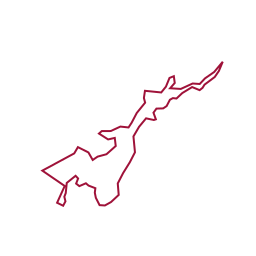 Navbakhor, Navoi, Uzbekistan (Equal Earth projection), rotated 291°
{"feature_id": "79887680B67095237367046", "entity_name": "Navbakhor", "entity_type": "district", "adm_level": 2, "iso_a3": "UZB", "parent_name": "Uzbekistan", "parent_adm1": "Navoi", "projection": "equal_earth", "projection_center": [65.4, 40.147], "detail": "fine", "context": "isolated", "style": "outline", "palette": "rose", "viewbox_px": 256, "rotation_deg": 291, "n_neighbors": 0, "source": "geoboundaries", "source_scale": "gbopen_adm2", "svg_char_len": 1032}
<svg xmlns="http://www.w3.org/2000/svg" viewBox="0 0 256 256"><g transform="rotate(291 128 128)"><path d="M57.5,63.3L51.2,89.7L32.8,88.6L32.2,95.3L37.1,95.9L41.0,93.2L44.9,93.2L54.8,90.5L64.6,96.2L63.0,99.5L57.5,99.5L56.3,103.4L61.3,108.5L60.1,111.8L60.1,119.1L55.7,120.2L51.3,123.0L45.8,129.1L47.4,134.2L52.8,138.7L62.2,143.3L72.6,138.3L84.2,139.6L96.8,142.0L107.8,143.2L122.1,136.1L133.1,137.9L143.5,141.4L144.7,149.2L146.1,150.9L151.4,146.3L156.3,147.6L158.9,153.8L162.3,156.2L169.4,157.0L172.0,159.2L172.9,162.7L180.0,166.1L189.2,173.2L189.0,181.3L192.2,183.2L195.9,183.9L206.7,190.7L213.8,192.4L223.8,192.7L211.2,188.4L201.9,182.1L194.8,179.2L192.7,172.4L183.4,163.3L180.2,153.1L186.8,155.5L192.8,152.2L189.6,148.8L180.2,148.6L173.1,146.3L168.8,130.5L161.7,132.1L157.8,134.9L145.2,130.8L134.2,129.5L128.7,128.3L126.6,120.4L119.0,113.0L115.7,104.6L112.4,102.9L110.2,113.5L114.0,119.2L106.8,123.0L95.8,117.3L90.4,109.9L85.5,106.5L91.0,99.8L92.2,88.1L85.0,86.9L57.5,63.3Z" fill="none" stroke="#9f1239" stroke-width="2"/></g></svg>